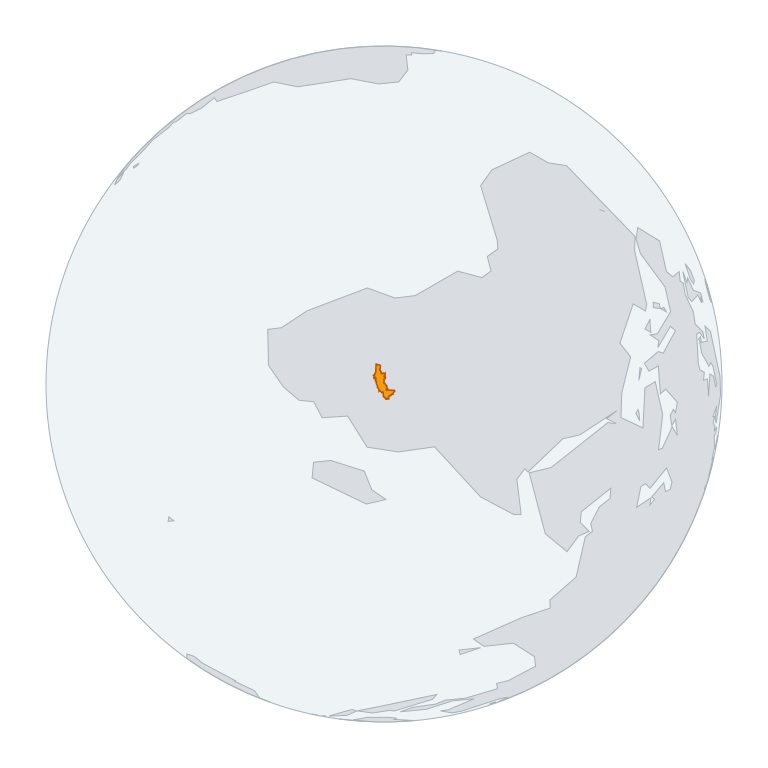 Central on an orthographic globe, rotated 92°
{"feature_id": "ZMB-516", "entity_name": "Central", "entity_type": "Province", "adm_level": 1, "iso_a3": "ZMB", "parent_name": "Zambia", "parent_adm1": "", "projection": "orthographic", "projection_center": [28.771, -13.872], "detail": "fine", "context": "on_globe", "style": "filled", "palette": "amber", "viewbox_px": 768, "rotation_deg": 92, "n_neighbors": 0, "source": "natural_earth", "source_scale": "10m", "svg_char_len": 8818}
<svg xmlns="http://www.w3.org/2000/svg" viewBox="0 0 768 768"><g transform="rotate(92 384 384)"><circle cx="384" cy="384" r="338" fill="#eef3f6" stroke="#a8b0b8"/><path d="M49.3,337.7L48.8,344.1L52.0,346.0L52.7,358.3L51.8,367.9L54.2,367.7L54.4,373.4L69.5,371.1L81.6,379.9L84.3,400.1L80.0,427.8L90.0,480.5L86.0,504.8L94.4,526.2L107.5,560.7L103.9,563.7L114.6,576.0L120.5,587.0L120.8,590.9L129.2,601.0L129.8,603.7L135.3,608.2L148.7,624.2L159.2,632.8L172.2,645.0L179.1,649.7L179.4,650.6L183.0,653.8L187.5,657.0L183.1,655.2L167.8,643.6L159.1,636.0L159.3,636.4L139.4,617.1L144.2,622.1L140.4,618.2L123.5,599.2L108.0,579.0L94.1,557.7L81.9,535.4L71.4,512.3L62.6,488.4L55.7,463.9L50.6,439.0L47.4,413.8L46.1,388.4L46.7,363.0L49.3,337.7ZM194.5,660.2L185.5,656.8L188.7,657.8L180.6,651.1L189.2,654.9L194.5,660.2ZM175.3,642.0L172.0,636.9L174.3,637.9L177.0,641.6L175.3,642.0ZM458.1,54.3L471.8,57.8L475.7,59.6L478.2,60.2L476.4,59.1L462.0,55.2L485.6,61.7L508.6,69.9L531.0,79.7L552.7,91.2L573.4,104.1L593.1,118.6L611.8,134.4L629.2,151.5L645.4,169.9L660.2,189.3L673.6,209.8L685.4,231.2L695.7,253.4L695.6,253.8L697.5,259.0L692.9,249.2L694.0,256.1L708.2,294.9L710.3,304.5L708.7,316.1L707.4,308.6L695.4,282.7L698.3,304.6L707.6,330.4L711.0,356.3L706.1,344.0L702.1,321.3L697.7,311.5L695.2,291.8L684.6,259.9L679.3,261.0L676.2,249.6L660.8,222.7L651.2,224.1L638.5,245.7L642.7,275.0L635.7,285.7L612.7,238.3L602.1,210.1L594.0,210.6L570.2,185.2L529.8,177.5L523.9,170.5L516.3,172.5L499.5,164.6L490.4,154.0L480.3,153.8L504.7,182.4L515.5,183.0L524.2,173.8L529.0,184.1L545.2,195.2L528.0,217.6L467.7,235.8L461.6,214.0L414.5,158.6L415.7,153.0L415.5,152.3L414.9,151.2L410.9,160.3L402.7,150.6L428.1,186.7L432.5,203.4L466.9,237.0L463.7,240.3L474.7,247.9L509.6,242.4L509.9,249.7L493.5,283.5L445.0,331.3L451.4,367.3L447.7,398.7L417.3,419.2L419.9,444.6L404.2,453.6L403.2,468.3L390.5,484.3L369.4,500.1L333.5,502.1L331.3,488.4L313.5,463.3L288.6,404.0L297.7,375.9L294.5,355.7L268.6,314.2L274.3,289.9L267.3,281.0L253.0,285.2L245.0,274.9L236.3,275.9L182.4,294.3L166.2,283.6L147.3,246.5L157.2,227.5L159.4,209.2L227.9,138.2L242.0,138.2L295.4,124.2L302.0,125.3L295.2,137.7L334.9,149.7L348.3,138.5L384.7,146.1L409.3,146.0L418.9,123.7L378.7,123.1L372.2,113.0L404.8,104.4L440.0,107.3L438.6,103.6L416.7,94.5L425.2,89.0L409.2,91.3L415.4,94.9L405.5,96.9L399.3,93.9L402.5,91.7L392.0,90.1L379.2,102.4L384.2,107.4L356.4,110.5L361.9,119.7L354.2,124.5L342.0,111.0L343.5,106.0L320.5,94.6L316.4,99.8L337.9,111.5L331.0,110.9L325.6,119.8L324.2,112.6L301.8,100.1L277.1,106.6L244.7,132.3L230.4,137.1L218.8,135.9L231.4,113.6L261.9,105.6L266.8,99.2L261.3,92.9L271.1,91.6L272.6,88.5L284.2,86.1L301.2,77.3L313.2,75.1L320.6,67.2L327.7,65.5L321.3,70.3L323.2,73.2L352.9,70.6L358.8,68.8L361.2,64.3L369.1,64.8L367.6,60.9L385.0,59.3L362.6,58.6L364.8,54.9L375.6,52.4L372.3,51.5L354.7,55.9L351.3,58.1L354.8,59.9L342.0,67.6L331.6,69.8L329.8,62.4L314.9,65.2L320.0,59.6L364.6,48.5L382.8,47.3L411.6,50.7L406.9,51.8L394.3,50.8L405.3,54.2L404.8,52.6L411.3,53.6L415.1,51.7L419.9,52.4L415.3,50.0L421.6,50.7L424.4,52.2L435.4,51.5L448.7,53.6L448.9,53.2L445.3,52.3L464.6,56.4L463.9,56.0L457.3,54.4L451.5,53.0L450.0,52.6L458.1,54.3ZM204.0,169.4L202.1,174.7L204.0,169.4ZM477.5,123.7L498.4,127.2L488.5,113.4L495.7,114.0L489.7,109.5L487.7,112.5L472.9,101.0L481.8,99.0L479.0,94.1L471.8,92.8L458.0,98.7L479.0,114.5L474.4,119.1L477.5,123.7ZM269.5,77.5L273.2,78.0L268.3,81.6L253.3,87.1L260.1,81.6L269.5,77.5ZM279.5,78.1L281.9,70.8L291.4,68.0L285.7,70.6L291.7,69.5L284.1,73.6L290.8,79.2L287.0,83.0L261.2,89.3L271.8,84.8L267.5,84.2L279.5,78.1ZM271.3,65.9L272.4,65.1L291.5,59.7L288.2,61.2L272.9,66.0L267.8,67.1L271.3,65.9ZM309.8,120.3L315.0,120.2L323.2,119.0L319.9,125.1L309.8,120.3ZM294.2,111.7L298.9,110.4L298.3,117.4L292.9,117.9L294.2,111.7ZM302.0,104.3L299.2,109.8L297.5,107.1L302.0,104.3ZM325.7,69.4L330.8,68.3L331.1,69.3L328.1,71.2L325.7,69.4ZM411.8,127.2L404.4,131.3L400.8,129.2L404.1,128.1L411.8,127.2ZM359.7,127.0L371.4,129.5L358.7,128.7L359.7,127.0ZM528.1,589.3L528.8,595.0L524.2,594.4L528.1,589.3ZM504.6,397.5L480.3,452.6L464.7,451.7L462.3,434.5L471.7,400.7L490.1,392.5L499.3,378.2L504.6,397.5ZM717.2,438.7L716.6,443.6L716.3,445.0L717.2,438.7ZM718.1,429.9L718.0,434.2L717.5,432.7L718.1,429.9ZM717.7,437.0L717.9,435.9L717.8,436.3L717.7,437.0ZM717.8,427.5L713.2,413.7L710.4,404.5L711.9,400.0L716.5,409.7L717.8,427.5ZM711.6,399.4L706.1,375.9L692.5,320.5L697.5,324.7L710.5,362.5L709.9,366.7L713.2,383.8L711.6,399.4ZM721.1,360.8L721.3,363.4L721.7,372.8L721.9,380.7L721.6,389.4L720.7,403.3L719.0,394.5L717.7,388.8L717.0,367.8L717.5,359.7L718.8,362.7L719.3,342.3L721.1,360.8ZM644.1,278.2L651.7,298.4L647.3,299.8L644.1,278.2ZM700.7,267.7L699.5,266.4L697.8,261.7L698.3,260.8L700.7,267.7ZM429.3,49.1L429.9,49.4L437.7,50.9L424.2,48.9L423.5,48.4L429.3,49.1ZM665.1,571.5L660.6,571.6L662.9,564.0L669.5,555.3L686.1,521.5L686.0,523.6L695.0,502.8L702.0,497.3L705.9,486.7L698.0,508.9L688.5,530.5L677.5,551.4L665.1,571.5ZM720.3,417.3L720.4,415.6L721.5,400.0L721.8,394.0L720.3,417.3Z" fill="#d9dde1" stroke="#a8b0b8" stroke-width="1"/><path d="M389.7,381.6L389.8,381.6L389.9,381.4L389.9,373.9L390.1,373.9L390.2,373.6L390.2,373.3L390.3,373.3L390.3,373.2L390.8,373.0L391.0,373.0L391.3,373.2L391.4,373.4L391.4,373.6L391.6,373.8L391.8,374.0L392.0,374.2L392.6,374.4L392.8,374.5L393.0,374.5L393.3,374.6L393.5,374.6L393.6,374.8L393.9,374.8L394.0,374.8L394.0,375.0L394.0,375.3L393.9,375.5L394.0,375.7L394.0,375.8L394.3,375.9L394.4,376.0L394.3,376.3L394.4,376.5L394.6,376.6L394.9,376.6L395.0,376.5L395.2,376.8L395.3,376.8L395.5,376.9L395.5,377.0L395.4,377.1L395.3,377.3L395.2,377.5L395.3,377.9L395.3,378.1L395.7,378.4L395.9,378.5L396.0,378.5L396.3,378.5L396.6,378.6L396.8,378.6L397.0,378.7L397.4,379.1L397.5,379.2L397.8,379.1L397.8,378.9L397.9,378.7L398.1,378.6L398.4,378.6L398.7,378.7L398.7,378.8L398.8,378.8L398.8,379.0L398.9,380.3L399.0,380.6L399.2,380.9L399.2,381.0L399.2,381.5L398.8,381.7L398.7,381.7L398.5,381.9L398.4,382.0L398.3,381.9L398.3,382.0L398.2,382.1L398.0,382.4L397.8,382.3L397.7,382.4L397.5,382.5L397.4,383.0L397.1,383.4L397.1,383.5L396.9,383.5L396.7,383.7L396.6,383.8L396.4,384.0L396.2,384.3L391.6,384.4L391.9,384.5L392.1,385.0L392.3,385.1L392.5,385.2L392.6,385.3L392.8,385.4L392.8,385.5L392.8,385.8L392.7,386.0L392.4,386.2L392.3,386.3L392.2,386.4L392.0,386.6L391.7,387.0L391.4,387.2L391.4,387.3L391.2,387.4L391.2,387.5L391.1,387.8L391.0,388.1L391.0,388.4L391.1,388.5L391.3,388.7L391.0,388.7L390.9,388.6L390.7,388.6L390.4,388.7L390.4,388.8L390.2,388.9L389.9,388.9L389.8,389.0L389.6,389.0L389.1,389.2L389.0,389.3L388.7,389.5L388.4,389.5L388.2,389.7L388.2,389.8L388.1,390.1L387.9,390.4L387.5,390.5L387.1,390.5L386.6,390.4L385.6,390.7L385.3,390.8L385.0,390.9L384.3,391.5L383.8,391.7L383.3,391.7L382.9,391.8L381.9,391.5L381.7,391.6L381.6,392.0L381.4,392.4L381.3,392.7L381.1,392.7L380.8,392.7L379.8,392.3L378.8,392.2L378.7,392.2L378.3,392.4L378.3,392.5L378.5,392.7L378.8,392.8L379.0,392.9L379.1,393.2L379.2,393.4L379.2,393.6L379.1,393.8L378.5,394.0L378.2,394.5L377.9,394.6L377.6,394.3L377.7,394.2L377.7,393.9L377.5,393.7L377.2,393.6L376.9,393.6L376.8,393.8L376.7,394.0L376.4,394.1L375.7,395.0L375.5,394.9L375.2,393.6L373.8,393.5L373.7,393.4L373.9,393.3L373.8,393.2L373.0,392.8L372.8,392.7L372.5,392.7L364.4,392.6L364.4,392.1L364.4,391.9L364.6,391.6L364.8,391.6L364.9,391.3L365.0,391.1L365.1,390.9L365.1,390.6L364.9,390.3L364.9,390.2L365.0,390.0L365.0,389.8L365.1,389.6L365.3,389.2L365.2,389.1L365.2,388.9L365.3,388.8L365.4,388.6L365.5,388.4L365.8,388.2L366.0,388.1L369.2,388.5L369.3,388.7L369.5,388.7L369.6,388.8L369.9,388.9L370.0,389.0L370.3,388.9L370.3,388.6L370.6,388.2L371.0,387.9L371.2,387.6L371.3,387.5L371.4,387.4L371.5,387.4L371.7,387.5L371.8,387.5L371.8,387.4L372.4,387.4L372.5,387.4L372.8,387.2L373.5,387.2L373.6,386.3L373.6,386.2L373.8,386.0L373.8,385.9L373.7,385.6L373.4,385.2L373.1,385.1L373.3,384.9L373.3,384.4L373.4,384.1L373.5,384.0L373.6,383.8L373.6,383.7L373.4,383.6L373.2,383.3L373.1,383.2L375.3,383.2L375.8,383.2L375.8,383.4L375.9,383.6L376.0,383.7L376.1,384.2L376.2,384.3L376.3,384.3L376.5,384.1L376.7,383.8L376.6,383.7L376.8,383.5L377.0,383.7L377.2,383.3L377.3,383.2L377.2,383.1L377.3,383.1L377.4,382.9L377.5,382.7L377.8,382.8L378.4,382.9L378.5,382.9L378.6,383.0L379.0,383.9L379.0,384.1L379.2,384.3L379.3,384.3L379.4,384.2L379.5,384.2L379.9,384.1L380.2,384.1L380.4,384.1L380.6,384.0L380.8,384.0L381.2,384.1L381.5,384.0L382.1,384.1L382.4,384.1L382.5,384.1L382.9,383.9L383.4,383.9L383.4,383.2L384.3,382.5L384.4,382.3L384.6,382.2L384.8,382.0L385.0,382.0L385.0,381.9L385.4,381.5L385.6,381.2L386.0,381.1L386.3,381.4L386.5,381.3L386.7,381.2L387.1,380.9L387.9,380.6L388.0,380.6L388.3,380.2L388.5,380.2L388.7,380.3L388.9,380.4L389.0,380.4L389.1,380.5L388.9,380.7L388.9,380.8L388.9,381.0L388.9,381.3L389.0,381.4L389.1,381.5L389.3,381.6L389.7,381.6Z" fill="#f59e0b" stroke="#b45309" stroke-width="1.5"/></g></svg>